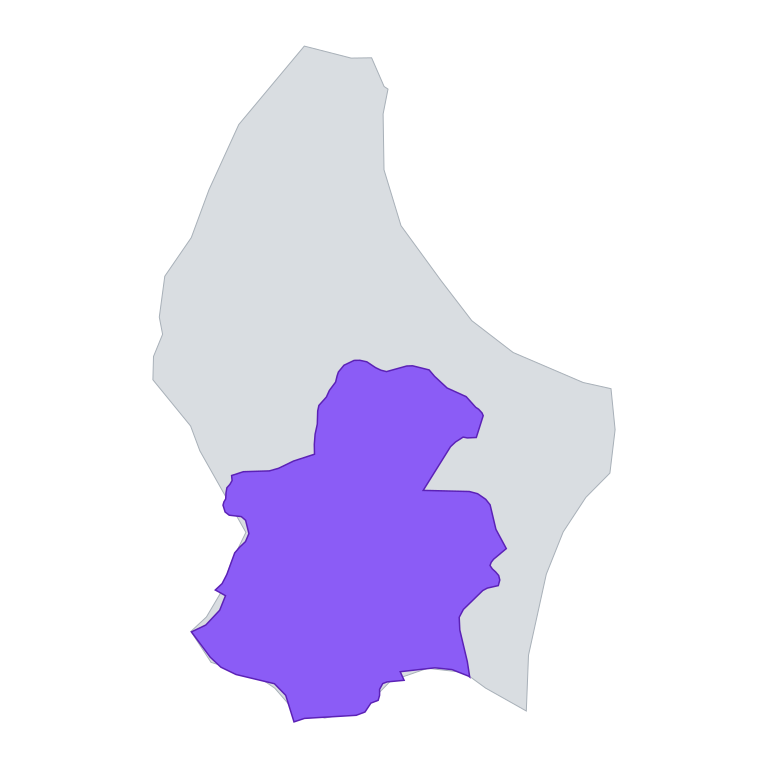 Luxembourg, with Luxembourg highlighted
{"feature_id": "LUX-908", "entity_name": "Luxembourg", "entity_type": "District", "adm_level": 1, "iso_a3": "LUX", "parent_name": "Luxembourg", "parent_adm1": "", "projection": "albers", "projection_center": [6.069, 49.636], "detail": "fine", "context": "in_parent", "style": "filled", "palette": "violet", "viewbox_px": 768, "rotation_deg": 0, "n_neighbors": 0, "source": "natural_earth", "source_scale": "10m", "svg_char_len": 1976}
<svg xmlns="http://www.w3.org/2000/svg" viewBox="0 0 768 768"><path d="M388.0,89.1L383.1,114.0L384.0,169.8L401.0,225.7L441.1,280.7L471.8,320.7L513.1,352.5L583.1,382.5L611.0,388.7L615.1,429.7L609.9,473.1L585.9,497.3L563.2,531.9L546.3,574.2L528.5,655.2L526.3,711.0L485.6,688.1L464.3,672.5L427.4,668.3L390.4,681.1L362.7,709.6L324.7,718.1L293.3,709.5L274.8,688.2L258.2,676.8L211.1,662.4L190.9,631.4L206.4,617.0L219.9,594.2L231.4,562.1L245.9,532.4L199.9,450.9L190.6,426.0L152.9,379.8L153.5,356.5L162.6,334.3L159.3,317.1L164.8,276.2L191.3,237.6L209.0,189.7L238.8,124.5L304.3,46.1L351.1,58.1L371.6,57.8L384.1,86.5L388.0,89.1Z" fill="#d9dde1" stroke="#a8b0b8" stroke-width="1"/><path d="M191.4,631.9L205.8,625.0L219.7,610.2L225.5,595.7L215.3,590.0L222.1,583.6L226.9,574.3L234.7,552.9L239.6,547.2L245.5,541.6L248.9,533.6L245.6,520.3L241.3,516.6L229.2,515.2L225.1,512.0L223.0,505.2L223.9,501.9L225.7,498.9L226.0,492.8L226.9,487.7L229.9,484.4L232.1,480.5L231.6,475.5L243.4,471.7L269.3,470.9L278.5,468.3L293.6,461.0L314.5,454.2L314.3,444.4L315.1,434.2L317.3,424.1L317.7,410.9L318.9,405.4L326.4,397.0L329.4,390.4L335.6,382.1L337.1,375.9L338.4,372.0L344.0,365.2L354.1,360.4L359.9,360.3L366.8,361.8L375.5,367.6L380.9,370.2L386.5,371.6L406.7,366.0L412.6,365.8L429.1,369.9L434.6,376.4L447.1,388.0L466.2,396.7L475.7,407.3L478.6,409.2L482.0,412.9L483.2,415.7L476.3,437.5L467.3,437.9L463.1,437.1L455.5,442.0L450.5,446.7L423.2,490.4L469.3,491.5L477.6,493.7L485.7,499.3L490.1,504.8L495.9,529.3L506.3,548.6L493.6,559.2L491.2,562.3L490.0,565.5L492.3,568.9L495.6,571.9L498.7,575.5L499.8,580.0L498.3,585.6L487.3,588.1L482.8,590.5L463.4,609.4L459.2,617.3L459.8,630.0L467.3,661.5L469.7,677.0L468.7,676.2L452.1,669.6L434.9,667.8L400.2,671.7L404.1,680.3L387.1,681.9L382.7,683.6L379.6,689.3L379.6,695.3L378.2,700.3L370.9,703.1L365.0,712.0L356.2,715.3L304.5,718.4L294.0,721.9L285.7,695.3L274.4,683.7L236.0,674.5L220.9,667.2L210.3,657.3L191.4,631.9Z" fill="#8b5cf6" stroke="#5b21b6" stroke-width="1.5"/></svg>